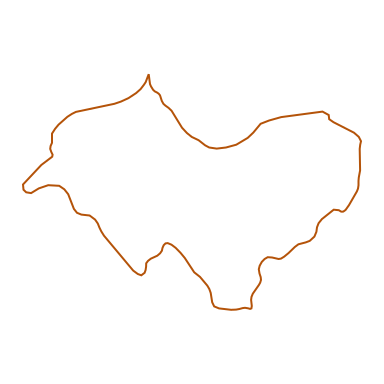 the Province of Cañar
{"feature_id": "ECU-1278", "entity_name": "Cañar", "entity_type": "Province", "adm_level": 1, "iso_a3": "ECU", "parent_name": "Ecuador", "parent_adm1": "", "projection": "natural_earth1", "projection_center": [-78.969, -2.515], "detail": "fine", "context": "isolated", "style": "outline", "palette": "amber", "viewbox_px": 384, "rotation_deg": 0, "n_neighbors": 0, "source": "natural_earth", "source_scale": "10m", "svg_char_len": 1921}
<svg xmlns="http://www.w3.org/2000/svg" viewBox="0 0 384 384"><path d="M141.3,275.3L137.8,274.0L133.2,270.6L104.0,235.7L101.3,231.4L99.4,227.5L97.8,223.5L95.1,219.6L89.6,215.5L81.4,214.6L77.0,212.8L73.9,208.9L68.2,194.2L64.3,189.3L59.2,185.8L48.2,185.2L38.8,188.4L31.1,193.1L26.2,192.3L23.5,189.7L23.0,184.5L41.4,164.9L52.2,156.7L52.6,154.7L51.3,152.0L50.2,148.9L50.6,146.0L52.0,142.8L52.0,133.6L55.1,128.8L58.5,124.7L67.4,116.8L71.9,113.9L75.9,111.9L114.4,103.8L120.9,101.6L128.5,98.1L136.1,93.1L140.6,89.1L143.9,84.8L145.7,82.1L148.7,74.2L150.0,84.1L151.0,86.4L153.1,89.8L154.8,91.4L157.0,92.5L158.7,93.7L160.0,95.3L161.8,100.9L163.4,103.8L165.4,105.6L168.6,107.9L171.6,110.8L182.0,127.7L186.9,133.0L191.7,136.9L198.6,140.2L205.1,145.3L209.2,147.5L216.7,148.6L226.0,147.5L236.3,144.7L247.7,137.9L253.3,132.6L260.6,123.8L269.1,120.5L281.2,117.1L322.5,111.6L328.7,115.0L329.2,119.2L333.5,122.2L354.0,132.7L358.8,136.9L361.0,141.2L360.2,144.7L359.7,148.9L360.1,170.4L358.8,177.4L358.5,180.9L358.5,185.3L358.0,188.6L356.9,191.4L349.0,205.1L345.6,209.9L344.3,210.9L343.2,211.6L342.0,211.7L341.1,211.6L338.8,210.2L333.7,209.7L321.9,219.1L318.6,223.2L317.0,227.3L316.4,231.8L314.4,236.6L309.7,240.9L305.7,242.4L298.4,244.3L294.8,247.0L288.5,253.1L284.1,256.7L281.0,258.6L278.6,259.0L272.1,257.5L267.7,257.2L264.6,259.0L261.8,261.9L259.7,265.7L258.8,269.2L259.5,273.5L260.7,277.1L261.0,279.9L260.2,282.6L259.0,284.8L252.8,293.7L251.5,296.9L251.1,299.9L251.8,306.0L251.4,308.4L250.1,308.9L248.0,308.3L245.0,307.8L242.6,308.1L239.4,309.0L236.1,309.6L231.1,309.8L219.0,308.4L214.2,306.4L212.2,302.3L210.7,292.9L209.3,289.0L207.3,285.6L200.0,276.9L194.2,272.3L184.8,258.0L180.5,252.8L175.6,247.8L171.5,244.7L167.7,243.1L165.5,243.4L163.7,245.2L162.5,247.9L161.9,250.7L160.1,253.3L157.3,255.7L150.8,258.7L148.0,260.9L146.2,263.3L146.1,266.6L145.6,270.0L144.6,272.8L141.3,275.3Z" fill="none" stroke="#b45309" stroke-width="2"/></svg>